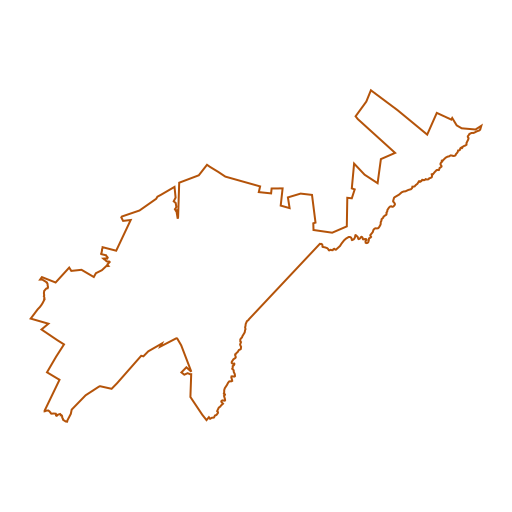 outline of General Simón Bolívar, Durango, Mexico, rotated 90°
{"feature_id": "50627088B90896625160823", "entity_name": "General Simón Bolívar", "entity_type": "district", "adm_level": 2, "iso_a3": "MEX", "parent_name": "Mexico", "parent_adm1": "Durango", "projection": "orthographic", "projection_center": [-103.073, 24.84], "detail": "fine", "context": "isolated", "style": "outline", "palette": "amber", "viewbox_px": 512, "rotation_deg": 90, "n_neighbors": 0, "source": "geoboundaries", "source_scale": "gbopen_adm2", "svg_char_len": 6042}
<svg xmlns="http://www.w3.org/2000/svg" viewBox="0 0 512 512"><g transform="rotate(90 256 256)"><path d="M129.6,31.8L125.8,30.7L129.5,36.5L128.3,50.3L125.4,55.3L118.0,59.8L119.6,60.7L112.9,75.2L134.6,84.8L110.3,114.3L90.3,141.1L101.6,145.7L116.3,156.4L119.1,154.2L152.9,116.9L159.1,131.1L183.2,134.4L174.7,147.4L163.6,157.9L188.4,160.2L189.4,157.3L198.3,160.2L197.8,164.7L226.4,165.2L232.7,179.8L230.0,198.5L223.3,198.7L222.6,196.5L194.9,200.0L193.6,211.4L197.4,224.1L208.1,222.4L205.6,231.3L188.4,229.4L188.5,240.4L193.4,240.9L192.1,253.2L186.4,251.9L176.6,286.7L172.0,293.6L166.7,302.3L164.8,305.0L175.3,313.2L182.7,332.8L217.2,333.9L218.7,334.3L212.0,335.4L210.8,335.3L210.8,335.7L210.2,335.5L210.2,336.5L209.2,337.1L207.9,336.1L206.8,335.7L203.0,336.3L201.3,338.3L197.6,336.4L186.9,337.5L195.0,351.4L196.7,354.6L198.8,355.8L210.5,372.5L216.5,390.1L217.4,390.7L220.9,388.9L220.0,381.3L250.7,395.8L247.2,409.4L248.4,409.5L248.6,409.7L249.6,410.0L250.7,410.0L250.8,410.1L252.5,410.4L253.8,410.9L254.1,410.8L255.3,405.9L255.9,405.7L256.7,404.9L257.6,404.3L258.6,404.8L258.4,406.0L258.6,408.6L259.4,407.7L259.7,406.8L260.2,406.6L261.2,405.5L261.5,404.8L261.5,402.8L261.8,402.4L262.0,402.3L264.3,404.5L265.6,404.0L266.0,403.6L266.1,404.1L266.0,404.6L265.4,405.0L270.2,410.1L273.2,416.1L277.0,418.2L269.8,430.5L270.9,440.7L267.6,442.8L282.5,456.4L277.1,470.1L279.6,471.9L279.6,469.7L281.9,465.9L282.6,465.4L282.6,465.0L284.1,464.4L285.1,464.4L287.0,464.0L287.7,464.1L288.3,464.4L288.2,464.9L288.6,465.8L290.9,467.8L293.1,468.1L295.3,467.8L296.8,468.4L296.3,468.0L298.2,467.5L299.0,467.9L299.4,467.5L303.1,469.4L305.0,470.6L307.0,472.1L309.3,474.3L318.6,481.3L323.7,463.6L329.5,470.5L340.1,454.8L344.4,448.0L356.7,455.9L372.3,465.0L379.8,452.5L410.7,467.4L411.3,467.4L411.2,466.9L410.7,466.0L410.5,463.7L411.5,462.4L411.9,462.2L412.5,461.5L413.3,461.2L413.6,460.8L413.7,460.3L413.5,458.6L413.7,456.2L414.3,455.9L415.4,456.0L415.8,455.6L415.6,454.9L414.9,454.4L414.6,453.8L414.0,451.9L414.4,451.6L415.1,450.7L415.3,450.8L415.3,450.5L415.6,450.1L416.7,449.8L417.7,449.8L418.6,449.1L419.2,449.1L419.8,448.9L421.5,446.3L421.7,444.9L421.4,444.8L421.2,445.0L420.6,444.7L413.9,441.2L409.6,440.3L395.3,426.4L387.1,413.8L386.4,412.6L386.2,412.0L388.8,400.4L383.3,395.0L355.8,370.8L356.3,368.6L351.3,363.7L343.5,350.1L346.6,351.7L338.3,335.7L338.5,334.8L345.3,330.8L371.7,320.7L367.3,325.6L372.4,330.6L374.7,327.7L373.2,324.4L374.0,322.3L374.2,322.0L374.2,320.8L397.0,321.6L414.8,309.7L420.1,305.5L417.2,303.1L418.8,301.9L417.8,300.2L417.6,298.2L417.1,297.8L415.6,297.1L415.3,296.7L415.2,296.0L414.9,295.5L413.2,294.2L412.7,294.0L411.8,294.2L411.4,294.8L411.0,294.8L407.6,293.2L406.5,291.6L405.6,291.1L403.7,289.0L401.9,290.6L401.5,290.7L401.1,290.6L400.7,290.2L400.4,289.7L400.4,289.1L400.7,287.4L400.6,287.1L400.3,286.9L399.2,287.0L395.9,288.0L394.9,287.1L394.5,287.0L394.2,287.2L394.1,287.9L393.7,288.2L392.3,287.8L390.1,287.8L388.2,287.2L384.9,285.0L382.9,284.0L381.5,282.9L381.3,282.4L381.3,280.6L380.9,279.8L380.1,279.9L377.4,280.7L376.4,280.5L376.3,279.9L376.6,277.7L376.5,277.4L376.1,277.0L374.2,277.2L371.8,278.3L370.4,278.3L369.8,278.7L368.8,279.8L367.8,279.3L366.1,279.3L365.3,278.2L364.4,277.7L363.9,277.6L363.5,277.9L363.8,278.8L363.5,279.7L362.9,280.3L362.1,280.3L361.6,280.1L359.3,278.6L358.1,276.8L357.5,276.3L356.8,276.3L355.0,276.9L354.3,276.8L354.2,276.4L353.0,275.5L352.0,274.3L350.0,273.1L349.4,271.7L349.0,271.2L346.9,270.9L345.2,271.7L344.4,271.9L342.1,271.0L341.4,271.7L339.5,271.7L338.6,271.2L337.4,270.0L336.2,269.6L332.4,267.3L330.1,266.9L329.1,266.5L327.3,266.9L325.9,266.5L324.0,266.3L321.2,265.1L320.0,263.5L319.4,263.2L243.9,192.2L244.1,191.8L243.9,191.2L243.9,190.7L244.3,190.0L245.0,189.6L246.7,189.5L246.9,189.4L247.4,186.9L248.1,184.9L248.9,184.0L250.3,183.1L250.4,182.7L249.8,181.4L250.2,180.1L250.2,179.3L249.2,178.6L248.8,177.9L248.8,177.6L249.6,176.8L249.7,176.1L246.0,172.0L243.6,170.5L240.3,167.9L238.6,166.0L237.0,163.3L237.0,162.1L237.4,161.2L237.7,160.9L238.8,160.3L239.9,160.2L240.1,160.0L240.0,159.7L239.4,158.4L238.7,157.7L237.2,157.0L235.5,156.7L235.2,156.6L235.1,156.3L236.8,154.4L238.8,153.7L239.1,153.4L239.0,152.9L238.6,152.2L237.0,150.9L236.8,150.5L237.1,149.9L237.6,149.5L239.1,149.1L239.4,148.8L239.0,146.9L239.1,145.9L239.5,145.5L239.9,145.4L240.3,145.6L240.8,146.3L241.1,146.5L241.9,146.5L242.8,146.3L243.1,145.3L242.9,144.6L242.5,144.0L242.3,143.8L240.4,143.2L238.4,143.0L237.5,141.4L236.9,140.9L235.6,141.7L235.1,141.7L232.2,139.3L229.8,138.5L229.0,137.8L228.3,136.7L228.4,135.4L228.3,134.1L228.1,133.7L227.3,133.0L225.3,131.8L224.0,131.3L222.2,131.3L220.8,130.6L219.2,130.4L217.7,128.8L216.5,128.4L216.0,127.5L215.4,126.9L214.9,125.9L214.6,125.6L213.6,125.4L213.0,125.6L212.5,125.5L211.6,124.8L210.0,124.6L207.7,123.1L206.7,122.1L206.4,121.5L206.3,120.6L206.8,119.9L206.7,119.0L205.9,118.0L205.1,117.4L204.5,117.1L203.6,117.2L202.4,118.0L201.6,118.8L201.1,118.9L197.9,118.0L197.3,117.5L194.6,112.9L192.3,110.3L191.5,108.4L191.3,106.5L190.0,103.8L189.2,101.0L188.1,99.9L186.7,99.6L186.7,98.7L186.4,97.4L185.1,96.3L183.8,94.6L181.2,93.0L181.2,92.8L181.8,92.3L181.9,92.1L181.2,91.6L181.3,91.0L181.2,90.7L179.8,89.8L179.8,89.5L180.2,88.8L180.0,88.4L180.1,87.4L179.1,86.3L179.5,85.3L179.4,83.9L179.1,83.3L178.3,82.8L177.9,81.4L177.3,80.3L175.8,79.9L174.3,80.3L174.1,79.9L174.2,79.0L172.3,77.5L170.1,75.4L169.9,74.5L170.1,73.9L170.0,73.1L167.8,72.3L167.6,71.7L166.6,70.5L166.0,70.5L164.5,71.5L163.6,71.5L163.0,71.2L161.6,69.9L161.1,70.3L160.6,70.2L160.4,69.1L158.1,66.8L157.4,65.9L156.6,64.3L156.4,63.0L155.4,61.4L155.6,59.8L156.0,58.9L155.8,57.3L155.3,56.5L154.2,56.1L153.0,55.0L152.0,54.3L150.5,53.9L150.4,52.9L150.0,52.2L148.4,51.7L147.9,51.3L147.8,51.1L148.2,50.4L148.2,50.1L147.9,49.8L146.9,49.7L146.6,48.9L145.9,47.8L145.5,46.6L144.7,45.5L143.0,45.5L139.5,43.8L138.5,43.5L138.0,43.5L137.6,43.9L136.9,44.2L136.3,44.2L134.9,43.1L133.8,42.5L133.7,41.8L133.0,40.7L132.9,39.1L133.0,38.7L132.6,37.6L131.3,35.1L130.5,32.8L130.2,32.4L129.6,31.8Z" fill="none" stroke="#b45309" stroke-width="2"/></g></svg>